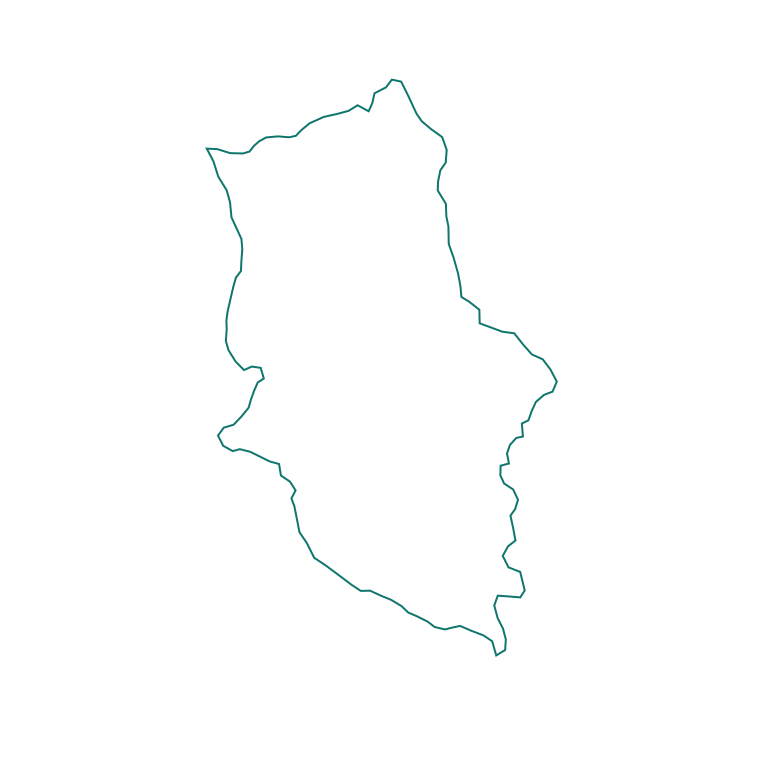 the district of Lucianópolis, São Paulo, Brazil, rotated 331°
{"feature_id": "56859067B1295139802373", "entity_name": "Lucianópolis", "entity_type": "district", "adm_level": 2, "iso_a3": "BRA", "parent_name": "Brazil", "parent_adm1": "São Paulo", "projection": "equal_earth", "projection_center": [-49.55, -22.48], "detail": "fine", "context": "isolated", "style": "outline", "palette": "teal", "viewbox_px": 768, "rotation_deg": 331, "n_neighbors": 0, "source": "geoboundaries", "source_scale": "gbopen_adm2", "svg_char_len": 1964}
<svg xmlns="http://www.w3.org/2000/svg" viewBox="0 0 768 768"><g transform="rotate(331 384 384)"><path d="M536.6,451.9L534.8,439.4L527.7,429.9L524.8,416.9L522.5,402.8L512.7,395.5L504.6,386.0L497.1,377.3L503.4,365.3L498.5,353.6L493.9,345.4L498.2,335.7L502.3,323.5L506.1,307.3L508.5,292.9L516.7,277.5L519.8,267.6L525.5,256.4L524.8,240.8L529.4,233.2L536.9,224.4L545.3,220.3L552.3,209.7L554.6,196.3L548.7,183.8L544.4,172.4L543.5,163.3L544.9,143.8L545.6,127.9L538.5,121.6L529.6,125.5L516.7,125.1L510.0,132.6L502.8,138.0L496.0,127.4L485.4,127.9L474.0,125.1L460.8,121.2L445.4,119.9L435.2,121.8L427.2,124.2L420.6,122.2L411.3,116.0L400.4,111.2L392.4,111.2L385.6,112.7L379.1,115.5L372.4,114.0L361.4,107.5L352.1,97.8L343.1,92.2L342.8,106.5L339.6,122.2L340.3,138.4L337.4,150.5L331.4,164.3L329.6,188.1L325.3,197.6L318.7,207.6L313.7,215.8L306.0,219.2L298.9,226.4L290.3,235.9L282.1,245.1L276.9,252.1L273.0,259.8L266.5,269.8L264.4,279.0L265.1,292.4L268.3,303.9L276.9,304.7L284.0,310.1L281.5,321.0L274.4,321.4L267.3,326.8L260.2,333.0L254.1,339.1L243.4,343.4L232.7,346.7L222.7,344.5L213.8,348.6L213.4,360.1L219.1,369.3L226.3,371.1L234.1,378.4L246.3,396.1L253.4,403.1L249.5,414.1L254.4,423.8L255.1,434.2L247.6,439.1L246.3,447.6L240.9,464.4L238.2,472.6L239.4,485.8L238.7,502.2L244.8,513.9L251.4,528.4L258.3,544.0L263.4,553.7L271.6,558.0L279.0,568.1L285.5,576.1L291.6,586.7L294.4,595.6L300.4,603.4L306.9,612.9L310.5,621.1L318.3,628.2L325.1,630.0L333.3,632.5L341.0,642.5L349.2,652.2L353.9,661.5L350.6,675.8L361.0,675.4L366.7,666.5L369.5,655.5L369.9,643.8L373.1,631.1L380.9,624.3L390.6,630.6L399.7,636.7L407.0,632.8L412.0,614.4L404.0,604.7L404.5,591.9L413.8,586.1L423.1,584.6L426.8,573.6L430.8,560.4L437.9,557.1L445.1,550.2L445.8,538.8L440.8,529.3L441.5,520.2L446.4,512.0L454.7,514.1L457.9,504.4L464.7,498.3L473.6,495.3L480.0,497.3L485.4,485.4L492.7,485.8L500.0,479.3L508.2,473.3L518.7,471.1L527.7,472.4L536.3,465.7L536.6,451.9Z" fill="none" stroke="#0f766e" stroke-width="2"/></g></svg>